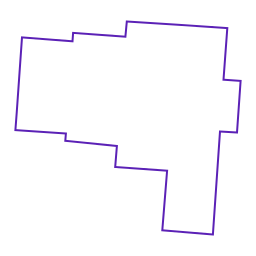 outline of Vinton, Ohio, United States of America
{"feature_id": "52423323B79986289007094", "entity_name": "Vinton", "entity_type": "district", "adm_level": 2, "iso_a3": "USA", "parent_name": "United States of America", "parent_adm1": "Ohio", "projection": "albers", "projection_center": [-82.511, 39.212], "detail": "fine", "context": "isolated", "style": "outline", "palette": "violet", "viewbox_px": 256, "rotation_deg": 0, "n_neighbors": 0, "source": "geoboundaries", "source_scale": "gbopen_adm2", "svg_char_len": 362}
<svg xmlns="http://www.w3.org/2000/svg" viewBox="0 0 256 256"><path d="M15.4,130.1L65.9,133.5L65.3,140.8L116.9,146.0L115.2,167.0L167.1,170.7L162.3,230.3L212.9,234.5L220.0,131.5L237.0,132.5L240.6,80.9L223.5,79.7L227.3,28.1L177.0,24.7L126.8,21.5L125.4,36.7L73.1,32.9L72.5,41.3L22.0,37.4L16.7,112.9L15.4,130.1Z" fill="none" stroke="#5b21b6" stroke-width="2"/></svg>